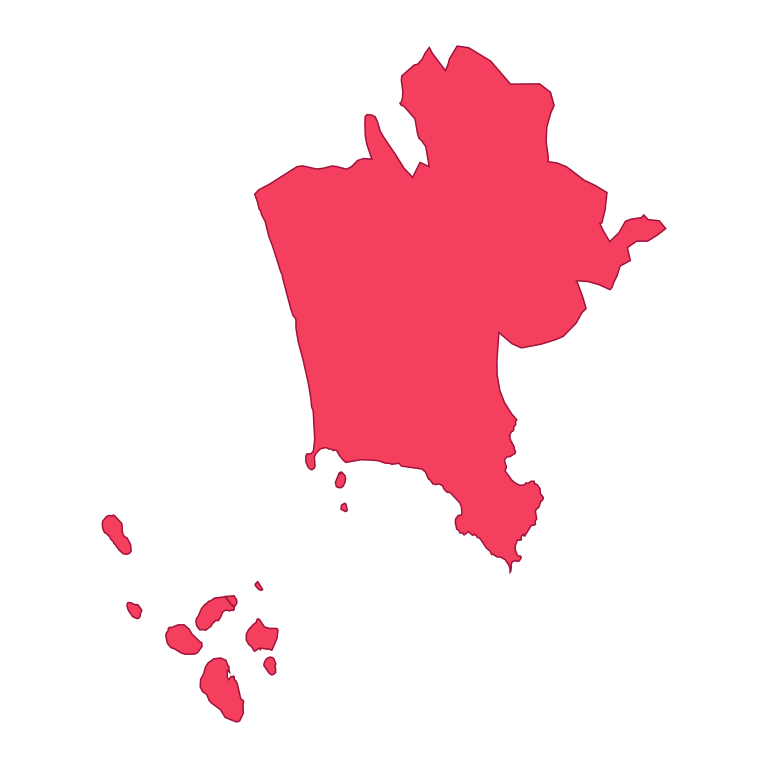 Nias Barat, Sumatera Utara, Indonesia
{"feature_id": "22746128B23007358779926", "entity_name": "Nias Barat", "entity_type": "district", "adm_level": 2, "iso_a3": "IDN", "parent_name": "Indonesia", "parent_adm1": "Sumatera Utara", "projection": "equal_earth", "projection_center": [97.451, 0.982], "detail": "fine", "context": "isolated", "style": "filled", "palette": "rose", "viewbox_px": 768, "rotation_deg": 0, "n_neighbors": 0, "source": "geoboundaries", "source_scale": "gbopen_adm2", "svg_char_len": 6123}
<svg xmlns="http://www.w3.org/2000/svg" viewBox="0 0 768 768"><path d="M429.3,47.5L424.9,53.6L422.2,59.1L417.7,64.2L414.0,65.1L401.9,75.8L401.3,79.8L402.8,91.4L402.5,98.0L401.3,102.0L399.9,103.1L401.1,105.2L404.0,106.3L415.0,118.9L417.5,133.5L418.9,138.1L421.8,140.9L425.8,146.7L429.2,166.6L420.1,162.4L412.6,177.3L403.9,168.1L396.2,155.6L384.3,138.1L380.2,131.2L377.6,122.1L375.2,116.8L371.8,115.0L366.9,114.6L365.2,116.6L364.9,122.9L365.3,136.1L366.9,144.5L371.9,159.2L363.9,158.5L357.5,160.5L351.6,166.6L346.5,169.2L336.5,166.5L331.8,166.0L323.2,168.3L316.6,169.0L302.7,165.9L297.1,166.6L269.6,184.1L258.9,189.7L254.7,194.2L257.3,201.4L259.2,209.1L260.7,211.0L261.6,214.8L265.2,221.5L268.8,236.3L272.6,246.2L281.0,272.6L282.1,274.5L282.5,277.4L290.8,308.9L293.2,315.9L294.9,317.5L295.9,319.8L296.0,328.3L298.1,341.2L303.0,359.5L308.6,384.6L311.0,399.5L311.6,406.7L313.2,411.0L314.7,439.2L313.5,450.1L312.9,451.8L310.9,453.7L306.8,454.0L305.9,456.1L305.9,462.0L308.3,467.5L310.6,469.4L312.0,469.8L314.1,468.2L314.7,467.5L315.0,465.5L314.3,457.2L316.1,453.3L320.2,449.0L324.3,447.8L326.7,447.8L328.7,449.0L331.0,449.0L333.3,450.6L334.9,449.7L336.9,450.9L339.0,454.9L343.2,460.2L345.9,462.4L361.2,459.7L373.1,460.2L378.5,460.8L385.0,463.1L389.6,463.4L391.8,464.3L399.0,463.3L401.5,466.1L421.9,469.0L425.6,472.2L428.3,478.8L429.9,479.8L433.0,484.0L433.7,483.7L435.7,484.7L439.0,483.8L442.7,485.9L443.6,488.3L445.1,490.4L447.3,492.3L450.0,492.4L460.0,503.1L461.5,507.5L461.9,513.0L461.3,515.1L458.3,515.4L455.7,518.9L455.3,522.4L456.7,529.1L458.6,530.1L460.0,532.9L462.7,533.0L463.7,534.7L464.6,534.7L468.5,531.6L472.0,534.9L473.1,535.3L473.8,534.3L476.2,535.5L477.4,537.5L479.3,537.9L480.9,539.8L486.2,547.8L490.2,551.3L491.6,554.5L492.7,554.1L497.0,556.9L500.7,557.1L505.3,559.8L508.7,564.9L510.0,568.8L510.1,572.2L510.8,571.2L511.4,566.5L511.0,565.4L511.7,562.8L512.8,561.5L515.1,560.6L517.4,561.4L519.3,560.9L521.1,558.0L521.0,556.8L520.4,556.0L518.3,556.0L517.3,555.0L515.2,549.7L515.3,545.6L517.2,540.7L518.0,539.8L519.5,540.3L521.0,540.0L521.5,539.5L521.0,537.6L521.6,535.9L523.5,534.3L523.8,535.7L524.8,536.0L531.3,525.4L534.3,525.2L535.4,524.3L535.1,521.0L536.7,519.1L535.4,511.1L536.4,509.3L538.9,507.1L540.7,501.7L542.9,499.7L543.3,497.4L540.4,493.5L540.0,488.7L537.0,484.5L534.8,483.8L534.1,481.2L531.2,481.2L528.2,483.2L525.6,483.0L524.9,484.6L524.1,484.9L520.0,485.3L516.0,483.5L511.9,480.3L504.9,470.6L506.3,468.0L506.4,466.8L504.5,460.8L504.8,459.1L507.1,456.8L510.1,456.6L515.3,453.1L515.4,451.1L514.5,449.7L514.1,446.4L512.0,443.2L511.8,442.0L510.9,441.5L510.8,440.2L510.0,438.8L510.0,436.0L509.2,435.8L511.5,431.7L512.8,431.1L513.7,429.9L513.8,426.8L515.6,424.9L515.6,421.4L516.8,419.8L511.8,414.1L504.5,402.6L499.8,390.3L497.2,375.4L496.9,361.0L498.9,332.5L512.0,343.7L521.4,347.9L541.4,344.1L555.8,339.6L563.3,336.3L576.4,322.8L581.9,312.7L586.1,308.6L582.5,296.3L577.5,282.8L576.1,281.8L577.0,280.8L587.7,281.5L598.6,284.5L610.1,289.7L612.2,287.0L613.8,282.2L616.9,276.2L620.1,266.0L630.3,260.5L627.4,247.6L636.5,241.2L647.6,241.1L657.2,235.2L665.7,228.6L659.2,220.8L648.1,219.6L643.8,215.0L641.3,217.6L630.9,219.2L625.4,221.3L618.9,232.8L609.7,241.6L603.0,230.3L599.8,223.3L601.9,222.9L605.1,209.7L607.0,192.6L595.1,185.4L584.2,180.2L566.4,166.7L556.7,162.9L548.2,161.7L548.2,156.5L546.1,141.7L546.8,127.2L550.7,113.1L554.1,105.4L550.5,92.3L539.6,83.9L510.5,84.1L490.7,61.1L468.6,47.7L457.1,46.1L449.5,58.8L448.0,64.5L445.4,70.6L432.2,53.1L429.3,47.5ZM220.8,658.0L213.8,658.8L208.2,662.8L205.6,666.8L203.6,673.9L200.6,679.3L200.2,686.8L202.5,691.6L206.8,694.5L209.2,700.6L211.2,702.8L220.6,709.9L225.2,717.5L235.8,721.7L237.3,721.9L239.7,720.9L243.3,713.3L243.0,705.1L243.6,701.2L243.1,700.3L240.8,699.0L237.3,683.7L235.7,680.5L234.4,679.6L234.1,676.7L233.2,676.1L232.8,677.1L231.0,676.5L228.8,679.7L227.3,677.6L227.3,670.9L227.8,670.5L229.6,672.3L228.8,668.7L229.1,666.9L228.0,665.7L225.8,660.2L220.8,658.0ZM189.1,629.1L184.1,624.8L178.2,624.8L171.3,627.6L169.8,627.2L168.3,628.4L168.3,630.3L166.5,632.8L165.7,635.5L167.4,643.3L170.9,647.6L174.5,648.8L180.9,652.8L184.8,654.2L194.8,654.1L197.7,652.5L202.0,646.5L201.8,642.9L200.2,642.0L191.9,634.0L189.1,629.1ZM225.3,596.8L214.7,598.0L210.0,601.2L208.8,601.2L205.5,604.4L204.9,604.5L201.6,608.4L198.0,616.6L196.6,618.2L196.0,620.4L196.1,623.9L197.4,626.8L199.8,629.9L203.3,629.6L205.5,630.3L211.0,626.2L212.9,622.9L214.1,622.4L215.5,620.5L218.5,620.6L220.9,616.5L222.6,612.3L224.6,610.5L227.7,610.2L229.7,611.0L231.4,610.1L233.3,610.4L234.2,609.3L234.3,607.4L230.4,603.6L225.3,596.8ZM269.4,628.4L264.4,626.9L259.4,619.4L257.4,618.9L256.0,622.5L253.0,624.8L248.6,629.6L246.9,632.8L246.3,634.3L246.3,640.2L248.6,644.2L252.1,647.3L253.6,650.4L254.8,651.2L259.4,648.1L260.3,649.7L261.5,648.1L267.1,649.3L268.8,648.8L270.6,650.0L272.0,650.0L277.0,638.3L277.9,630.3L277.3,628.8L276.1,628.4L269.4,628.4ZM114.8,515.9L113.2,515.1L112.5,515.9L109.0,515.4L106.4,516.6L104.1,519.4L102.6,521.4L102.3,523.7L102.6,528.0L103.5,530.4L104.7,532.8L105.5,532.8L109.6,536.7L110.7,539.1L113.7,542.2L113.7,543.4L115.2,544.6L118.9,549.8L123.0,553.6L126.5,554.4L129.7,553.2L131.2,550.8L130.6,544.6L127.1,537.9L124.5,536.7L123.0,534.4L122.2,530.8L122.2,526.1L121.6,523.3L114.8,515.9ZM134.2,604.4L131.2,602.8L128.3,602.5L127.4,603.2L126.9,605.6L128.3,610.3L132.7,616.7L137.0,618.6L138.8,618.2L140.0,616.7L140.6,613.1L141.8,610.7L141.4,609.6L137.9,604.8L134.2,604.4ZM270.0,657.1L267.6,658.0L265.6,659.9L264.2,663.0L263.8,665.4L269.1,673.2L271.7,674.9L273.5,674.4L275.6,672.5L275.6,668.5L274.9,666.6L275.8,663.9L273.8,658.7L272.4,657.5L270.0,657.1ZM345.0,475.7L341.8,472.2L341.3,472.2L340.6,474.1L339.8,473.7L340.1,472.5L339.2,473.0L335.4,482.4L336.3,486.4L338.1,487.6L339.0,487.2L340.4,487.9L343.0,486.4L345.0,482.4L345.6,478.9L345.0,475.7ZM234.4,606.8L236.7,603.6L236.7,600.1L234.0,595.8L225.3,596.5L230.6,603.6L234.4,606.8ZM345.4,511.6L347.1,510.7L347.1,509.2L345.9,504.0L344.5,503.3L341.5,505.2L341.0,509.2L345.4,511.6ZM262.6,589.4L257.7,581.6L255.3,584.0L255.3,585.6L258.3,589.0L259.4,589.9L261.8,590.2L262.6,589.4Z" fill="#f43f5e" stroke="#9f1239" stroke-width="1.5"/></svg>